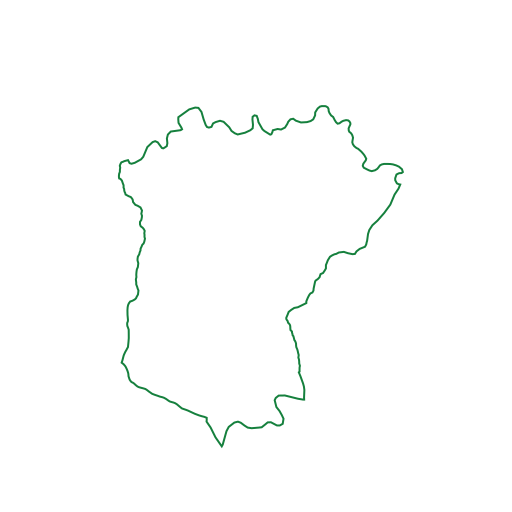 outline of Kengkhar, Mongar, Bhutan, rotated 242°
{"feature_id": "84629894B5600301866279", "entity_name": "Kengkhar", "entity_type": "district", "adm_level": 2, "iso_a3": "BTN", "parent_name": "Bhutan", "parent_adm1": "Mongar", "projection": "robinson", "projection_center": [91.304, 27.128], "detail": "fine", "context": "isolated", "style": "outline", "palette": "green", "viewbox_px": 512, "rotation_deg": 242, "n_neighbors": 0, "source": "geoboundaries", "source_scale": "gbopen_adm2", "svg_char_len": 5324}
<svg xmlns="http://www.w3.org/2000/svg" viewBox="0 0 512 512"><g transform="rotate(242 256 256)"><path d="M357.9,382.7L357.3,379.7L355.0,375.7L352.4,374.2L349.8,370.7L349.5,367.6L350.3,363.8L352.8,358.4L356.8,354.7L359.7,353.3L360.5,350.6L359.4,347.5L357.9,345.6L355.8,341.9L355.9,337.5L358.0,334.7L359.1,329.9L357.6,328.5L356.3,326.7L356.5,325.5L362.4,322.1L364.9,321.2L373.0,321.0L376.3,322.0L379.4,322.4L380.9,320.7L380.5,318.4L378.3,317.0L373.2,314.9L370.3,313.0L369.7,310.0L370.0,304.2L371.9,296.9L374.3,294.9L377.9,293.1L382.2,292.8L389.7,290.4L392.3,287.7L393.2,283.2L393.2,280.3L390.9,277.3L391.5,274.7L392.9,273.3L395.3,273.1L401.2,273.9L408.8,275.5L413.8,274.7L415.6,272.0L416.8,265.9L415.0,252.6L413.3,251.6L409.9,250.1L404.4,250.4L402.6,250.2L402.5,248.5L403.1,246.8L405.9,239.2L404.6,235.2L401.6,232.5L397.2,230.7L394.9,228.8L394.6,226.0L394.6,224.6L395.6,223.6L402.5,222.6L404.7,220.9L405.1,218.2L404.1,214.5L403.2,211.2L396.5,203.0L395.3,199.9L395.2,192.7L395.9,189.4L397.3,188.0L400.7,188.0L401.6,184.2L401.6,183.2L401.9,181.2L401.5,180.4L400.8,179.4L399.6,178.1L397.8,177.6L396.0,176.3L394.2,175.3L392.9,173.8L391.3,172.7L390.0,172.0L388.7,171.6L387.7,172.5L385.6,173.0L382.5,172.5L380.7,172.3L379.5,171.7L378.7,171.2L377.0,171.0L375.6,170.4L374.4,170.1L373.2,170.1L371.5,169.7L369.1,171.3L368.0,172.1L366.9,173.1L365.5,173.4L363.8,173.6L361.3,172.8L359.8,173.1L357.8,173.5L355.9,175.1L353.1,176.8L350.6,176.7L349.7,176.7L348.2,175.5L347.2,174.6L345.0,174.2L343.5,173.2L341.7,171.7L340.6,169.6L339.3,168.9L338.3,168.4L336.3,168.2L334.2,169.2L332.1,169.6L330.4,169.5L328.6,168.1L327.0,167.5L325.2,166.5L323.4,166.1L322.4,165.2L321.1,164.1L319.8,162.6L319.3,160.9L318.2,159.6L316.6,157.5L315.1,156.6L313.8,155.0L312.3,153.7L310.9,151.4L309.0,150.0L307.7,149.3L304.9,148.7L303.6,147.8L301.7,146.5L300.1,144.5L298.2,143.1L296.5,142.0L295.5,141.4L293.5,140.5L291.8,139.0L290.4,138.4L289.0,137.9L287.1,136.9L284.6,136.6L282.7,136.2L280.7,136.0L277.4,133.7L276.0,131.5L275.0,130.2L274.6,128.9L274.5,127.5L274.5,125.9L274.7,124.4L274.9,123.6L273.9,121.5L272.6,119.9L271.0,118.6L268.6,117.1L264.3,114.9L261.7,113.8L259.6,112.9L258.5,112.2L257.3,110.8L255.8,110.0L254.4,109.5L253.1,109.4L250.7,109.0L247.2,107.2L243.2,105.1L240.2,103.2L235.7,100.2L234.8,98.8L233.9,97.5L232.8,95.7L231.3,93.7L230.3,92.5L228.8,91.1L226.5,89.0L224.9,87.3L222.6,88.3L220.4,88.8L219.1,88.9L216.8,88.8L214.9,88.6L212.7,88.2L211.5,87.8L209.7,87.0L207.5,86.6L206.0,86.4L204.3,86.6L203.1,86.9L202.1,87.7L200.8,88.4L198.5,89.2L196.6,90.0L195.4,90.8L194.4,91.8L193.1,93.2L191.8,94.6L190.6,95.8L189.3,96.6L188.0,97.2L186.4,97.9L184.7,98.8L183.1,99.6L180.9,101.5L178.7,103.6L177.0,105.1L175.2,107.1L174.0,108.2L172.0,109.5L169.0,111.0L167.9,111.7L166.6,113.0L165.3,114.4L164.0,115.5L162.3,116.5L159.3,117.7L157.4,118.5L156.1,119.1L152.9,122.1L151.4,123.4L148.2,125.8L145.3,128.0L141.9,131.0L140.1,132.8L138.3,134.8L136.3,136.5L134.7,135.7L133.0,134.6L125.9,135.4L114.9,135.1L104.0,136.4L105.1,138.1L115.2,147.7L117.9,151.7L119.1,158.7L118.2,162.3L115.9,164.3L111.8,166.2L108.4,168.1L106.0,171.3L103.1,178.1L102.1,180.6L102.9,184.9L103.6,188.2L102.2,191.1L96.6,194.9L95.2,197.4L95.3,200.8L99.4,203.9L103.4,204.1L108.1,204.0L113.1,203.1L119.9,204.8L121.4,206.8L122.1,210.5L119.3,216.0L110.3,226.0L107.0,230.3L106.6,231.1L108.5,232.0L115.0,235.8L118.2,237.0L121.3,237.7L129.0,238.8L133.2,239.2L133.5,240.2L134.3,240.6L135.8,241.4L137.2,242.2L138.4,243.2L140.8,243.7L142.8,244.7L144.6,245.4L146.4,245.7L148.5,247.2L150.7,247.7L152.4,248.2L154.1,248.6L156.6,248.8L158.2,249.4L159.8,250.2L161.2,250.5L162.6,250.6L163.6,250.4L167.7,251.4L168.7,251.1L170.2,251.6L171.4,251.8L172.5,252.3L174.4,251.7L175.7,252.2L177.3,253.0L178.6,253.5L179.6,253.6L180.9,253.4L182.0,253.0L183.8,253.4L185.0,253.2L186.2,253.2L187.2,253.7L188.1,254.8L189.3,256.3L191.3,258.6L191.9,261.9L192.2,265.4L191.1,268.9L190.9,275.2L190.8,278.3L192.4,279.2L194.7,282.0L195.7,283.4L196.7,284.9L197.4,286.5L197.3,288.7L198.5,290.5L200.2,291.6L203.2,294.1L205.7,296.2L206.3,297.1L206.5,298.8L206.7,300.1L207.5,302.3L208.4,303.1L209.7,304.5L209.5,307.2L211.0,310.0L212.2,311.9L215.2,313.5L217.0,315.7L218.5,317.4L220.6,321.0L220.8,323.6L220.7,326.0L220.2,327.8L220.2,330.8L218.4,335.5L215.3,338.5L212.3,342.1L211.4,344.3L212.9,346.9L213.6,350.9L213.0,356.6L214.4,358.7L216.1,360.1L217.2,361.2L222.9,365.3L225.8,368.3L228.5,373.2L230.2,379.9L233.8,389.4L238.3,398.7L245.2,407.2L248.6,413.5L251.4,416.9L252.5,415.6L254.0,414.5L257.5,414.5L259.3,415.4L262.0,418.3L262.0,419.7L261.9,421.3L260.9,423.5L261.2,425.1L264.1,425.6L267.7,424.2L270.2,422.3L272.6,419.9L274.2,417.7L275.8,414.9L277.2,412.2L277.8,410.0L277.8,408.0L276.7,405.7L276.0,404.0L275.8,401.3L276.6,398.0L278.2,396.3L280.2,394.8L283.4,392.6L285.5,392.6L287.1,394.1L287.9,395.7L288.9,397.8L290.1,399.0L293.8,399.0L295.7,398.7L298.7,398.0L301.9,396.8L302.7,396.5L304.2,395.4L306.8,394.3L309.2,394.0L311.2,394.4L312.7,395.5L314.9,397.2L317.3,397.7L318.7,397.7L320.3,397.4L321.8,396.7L323.2,396.8L325.2,397.7L326.6,399.4L327.9,401.1L329.0,401.7L330.9,401.7L332.5,401.0L333.7,399.3L334.4,396.5L334.4,394.6L334.0,392.0L334.5,390.2L336.5,389.5L339.1,389.3L342.5,389.4L344.8,388.3L347.7,388.0L349.7,388.2L351.9,389.1L353.5,389.1L354.6,388.5L355.6,387.8L357.4,384.6L357.9,382.7Z" fill="none" stroke="#15803d" stroke-width="2"/></g></svg>